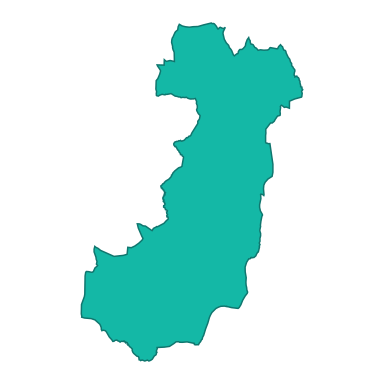 the district of Kwimba, Mwanza, United Republic of Tanzania
{"feature_id": "72390352B45509194301574", "entity_name": "Kwimba", "entity_type": "district", "adm_level": 2, "iso_a3": "TZA", "parent_name": "United Republic of Tanzania", "parent_adm1": "Mwanza", "projection": "equal_earth", "projection_center": [33.319, -3.038], "detail": "fine", "context": "isolated", "style": "filled", "palette": "teal", "viewbox_px": 384, "rotation_deg": 0, "n_neighbors": 0, "source": "geoboundaries", "source_scale": "gbopen_adm2", "svg_char_len": 5944}
<svg xmlns="http://www.w3.org/2000/svg" viewBox="0 0 384 384"><path d="M301.6,91.0L302.5,90.1L302.7,89.5L302.0,88.9L301.9,87.1L300.6,86.7L300.7,85.6L299.9,82.6L300.0,81.7L299.7,80.8L299.3,80.3L298.9,78.4L298.3,77.6L297.3,77.1L296.8,76.1L294.9,76.9L294.9,76.0L294.2,75.3L294.1,74.4L294.4,72.5L294.9,71.0L294.7,69.6L293.4,68.1L292.8,66.8L291.7,65.7L291.6,63.4L290.6,62.2L289.7,59.2L288.2,57.3L286.2,53.1L285.8,51.2L285.1,50.4L284.0,50.2L283.2,48.8L282.5,46.7L281.6,46.1L280.5,44.7L278.7,46.5L277.6,48.7L277.0,48.8L270.3,47.6L269.8,47.9L269.1,49.1L267.7,50.0L263.9,50.2L260.4,49.8L258.1,50.3L256.4,48.2L254.8,47.4L253.1,44.7L252.3,44.3L251.1,44.2L250.3,42.5L250.1,40.5L249.2,39.4L248.7,37.6L247.2,39.6L245.7,43.6L245.5,45.3L245.0,46.5L243.3,48.4L242.1,49.4L239.9,49.5L239.4,49.9L238.4,51.4L238.1,53.2L237.8,53.7L236.9,53.8L234.3,55.8L233.4,54.9L231.6,50.4L230.2,48.4L229.5,47.9L228.6,45.3L226.3,42.9L224.3,39.2L223.0,33.6L223.2,31.8L225.3,27.3L223.7,28.5L221.9,28.1L220.4,27.3L219.4,27.6L218.6,28.8L218.0,29.0L217.6,28.7L216.4,26.3L214.4,23.9L213.5,23.5L212.0,23.6L211.3,23.0L203.5,24.9L198.0,26.5L193.2,26.7L189.4,27.2L185.7,26.8L182.3,26.0L179.3,24.3L178.2,26.6L177.7,29.9L175.4,31.8L175.3,32.4L174.9,32.7L172.8,37.4L172.3,38.0L171.8,40.0L171.6,42.4L172.6,46.3L172.6,47.9L173.2,50.1L173.7,50.9L174.2,52.5L174.4,61.5L170.1,60.5L166.8,61.3L166.0,61.2L164.3,59.7L164.1,65.1L157.1,64.9L157.5,65.9L160.2,69.9L160.5,70.6L160.5,71.3L159.7,74.2L157.8,78.7L156.2,80.6L155.9,89.1L156.6,91.7L156.3,93.3L156.4,95.4L156.7,95.7L158.3,96.1L159.7,95.2L162.1,94.3L164.6,94.8L165.4,94.7L165.6,94.3L166.9,94.4L171.1,93.6L175.1,96.1L177.1,96.4L178.8,97.0L180.2,97.0L181.0,97.7L182.8,97.3L185.1,97.6L186.2,97.2L188.0,98.3L190.2,99.0L193.6,98.9L195.3,98.5L196.6,101.5L196.4,103.4L197.3,105.6L197.3,108.1L196.6,109.6L196.8,110.7L198.3,113.6L199.9,115.3L200.1,115.7L199.4,119.1L197.8,121.2L197.8,123.5L191.9,132.9L190.7,135.6L190.0,136.1L189.1,136.1L187.6,137.7L186.5,137.7L184.3,140.2L181.7,141.2L180.4,140.4L179.9,140.9L178.8,140.7L178.0,141.4L176.9,141.3L174.6,142.2L173.7,143.9L173.9,145.1L175.0,146.6L175.7,146.4L175.9,147.0L176.5,147.6L177.7,150.0L178.5,150.3L179.2,152.1L180.4,153.5L180.5,154.6L181.8,154.8L182.2,155.9L183.4,156.7L183.5,157.5L181.9,166.4L180.2,167.4L179.6,167.4L178.5,167.9L175.0,170.7L172.9,173.0L172.2,174.7L171.5,175.1L171.5,176.0L170.8,177.1L168.7,179.3L166.1,180.8L164.5,182.3L163.8,183.4L162.7,183.9L162.0,185.0L160.8,186.0L161.3,187.9L162.1,188.0L162.1,188.7L162.7,188.9L163.1,189.9L163.7,190.0L164.1,191.2L164.5,191.5L164.5,192.1L165.2,192.5L164.7,192.9L164.3,194.1L165.0,194.1L164.8,195.0L164.2,194.9L164.1,195.8L163.6,196.0L163.6,196.7L163.2,197.0L163.3,197.4L162.8,197.9L163.0,199.2L163.6,199.3L164.0,200.2L163.3,200.8L163.3,201.5L163.7,201.9L164.5,202.1L164.6,203.3L165.1,203.9L164.6,205.2L163.7,205.6L163.6,207.0L163.9,207.4L164.8,207.5L165.5,209.7L166.1,209.7L167.4,210.7L167.2,211.6L166.5,212.0L166.8,212.9L166.8,213.6L167.5,214.5L166.7,215.8L167.0,216.9L167.7,216.7L168.0,217.6L168.2,217.8L168.2,219.0L166.0,221.0L164.0,223.3L157.6,226.7L156.5,226.6L156.2,227.0L153.4,228.4L152.2,230.6L151.8,230.5L145.5,226.1L142.9,225.8L140.6,224.3L139.3,223.9L137.3,223.8L138.3,228.0L141.8,236.2L143.0,238.4L142.1,240.1L138.8,243.2L134.9,246.0L131.3,247.7L127.8,247.3L127.1,254.2L125.8,254.7L123.2,255.4L114.0,256.4L100.6,250.4L98.1,248.4L95.7,247.2L94.8,246.4L94.1,249.1L94.1,251.9L96.0,257.3L96.2,259.2L97.0,261.5L96.8,262.7L96.4,264.1L97.6,265.4L97.2,266.1L95.0,267.9L93.5,271.3L92.9,271.9L92.1,272.3L91.1,272.2L88.4,271.6L86.4,271.5L85.7,272.3L85.1,275.9L84.8,294.0L84.4,296.5L81.5,304.5L81.3,313.9L81.8,316.4L81.7,317.2L84.5,318.0L91.2,318.6L95.0,319.9L99.9,324.3L100.7,326.1L101.3,327.8L101.3,329.4L101.9,330.7L103.1,330.2L105.4,330.7L106.5,332.1L109.3,337.0L111.9,339.9L112.8,341.4L113.9,341.3L115.0,340.4L116.7,340.1L117.6,340.5L118.0,341.0L118.8,341.1L120.1,342.1L121.3,341.3L123.1,341.4L123.7,341.0L124.2,341.0L124.4,341.8L125.2,341.7L125.6,342.8L126.4,342.3L127.2,342.6L127.2,344.0L128.0,344.1L127.9,345.0L128.6,345.0L129.5,346.6L130.6,347.3L132.3,349.1L132.2,350.5L132.8,352.1L133.7,353.4L136.9,356.2L138.4,356.6L138.8,357.3L139.1,359.8L139.8,359.9L140.6,360.6L142.1,360.0L144.8,361.0L147.4,360.1L148.9,361.0L150.7,360.3L152.3,359.2L154.3,356.0L156.0,354.8L156.4,353.6L156.5,352.6L156.8,352.3L156.3,352.1L156.5,351.2L156.4,350.8L157.3,348.5L157.1,347.5L164.5,347.1L169.5,346.4L173.8,343.6L176.1,341.8L178.7,341.7L179.4,342.2L182.2,342.3L187.1,341.9L194.4,343.4L194.4,344.5L195.2,344.8L198.5,344.7L199.3,343.1L200.6,341.6L201.4,339.9L202.2,339.2L202.6,337.2L203.6,335.5L205.6,328.9L207.8,323.1L209.4,317.5L210.5,315.0L211.9,312.5L215.9,308.5L218.4,307.2L220.8,306.3L222.7,306.2L224.4,306.1L226.8,306.6L226.8,306.4L231.4,307.6L238.1,308.4L239.2,307.5L240.9,304.7L242.7,300.2L245.1,296.1L247.1,293.5L247.5,292.6L247.6,292.0L246.9,290.1L246.6,287.3L246.1,285.3L245.9,282.2L246.2,277.7L245.2,271.8L245.1,267.1L246.2,263.6L246.7,262.1L248.8,258.8L249.5,258.9L250.3,258.6L250.8,257.6L251.3,257.4L251.9,257.9L252.5,257.6L253.9,257.5L255.8,255.9L256.6,254.0L257.7,252.2L258.3,252.0L259.5,247.0L259.3,246.8L259.4,245.8L260.0,244.5L259.4,243.6L259.3,242.8L260.0,241.2L259.9,238.5L260.6,235.9L260.6,233.4L259.8,230.8L259.9,229.6L260.6,226.4L260.4,225.3L260.9,221.3L261.9,216.2L262.4,215.5L262.4,214.5L260.4,210.9L259.6,207.4L259.6,204.7L260.9,198.6L260.6,194.4L260.9,194.1L262.8,194.6L263.8,195.5L264.0,194.9L263.5,188.8L263.8,185.2L265.1,182.3L268.1,178.9L272.1,176.4L272.9,172.3L272.9,164.2L269.9,143.6L268.3,143.7L267.3,143.2L266.2,143.1L265.6,142.1L265.6,135.6L265.9,132.9L265.8,132.0L265.8,129.1L270.5,123.0L272.2,123.0L274.1,121.4L274.6,120.7L274.9,119.9L277.5,116.1L280.0,115.4L280.3,113.9L280.0,111.3L280.6,107.7L280.3,106.7L281.1,105.4L281.4,105.2L282.7,106.0L284.3,107.4L286.1,107.0L289.4,108.2L289.5,101.2L294.6,99.0L301.5,97.1L301.8,96.6L302.2,93.2L301.7,91.7L301.6,91.0Z" fill="#14b8a6" stroke="#0f766e" stroke-width="1.5"/></svg>